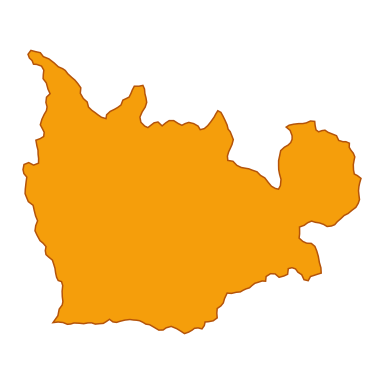 outline of Luminárias, Minas Gerais, Brazil
{"feature_id": "56859067B9784964595296", "entity_name": "Luminárias", "entity_type": "district", "adm_level": 2, "iso_a3": "BRA", "parent_name": "Brazil", "parent_adm1": "Minas Gerais", "projection": "robinson", "projection_center": [-44.912, -21.523], "detail": "fine", "context": "isolated", "style": "filled", "palette": "amber", "viewbox_px": 384, "rotation_deg": 0, "n_neighbors": 0, "source": "geoboundaries", "source_scale": "gbopen_adm2", "svg_char_len": 3772}
<svg xmlns="http://www.w3.org/2000/svg" viewBox="0 0 384 384"><path d="M24.0,164.5L23.0,169.6L23.9,173.6L26.8,177.1L26.1,182.0L25.3,189.0L25.1,193.7L26.6,197.5L28.3,201.6L33.1,205.3L34.3,210.8L35.6,215.9L37.6,220.8L35.7,225.7L35.0,230.8L37.0,235.1L40.0,240.6L43.2,243.3L46.0,246.6L45.3,250.7L46.0,254.6L48.6,257.0L52.4,260.1L54.0,265.1L55.0,268.4L55.6,272.9L56.6,277.3L58.2,280.5L61.5,281.6L62.7,285.5L62.1,291.2L62.3,296.7L62.9,301.6L62.2,305.0L59.2,309.1L57.9,315.7L53.0,322.6L58.1,322.0L63.0,322.5L67.4,324.3L70.7,324.0L73.9,323.0L79.1,323.2L83.7,323.7L87.9,322.9L91.5,322.8L95.3,324.1L99.4,323.7L103.3,323.4L106.4,321.5L109.5,319.3L112.9,321.9L116.5,322.4L120.0,321.3L124.8,320.1L129.9,319.5L133.5,320.0L136.5,320.2L139.6,320.7L142.9,322.3L145.8,324.1L149.6,324.7L154.1,327.3L158.8,330.1L163.1,330.0L166.2,327.8L171.2,326.4L176.6,328.6L180.4,330.9L184.5,333.6L188.7,332.1L192.0,330.2L194.5,328.3L198.1,327.9L202.0,328.9L204.3,325.6L205.1,322.0L208.5,321.7L213.2,320.8L217.2,317.9L216.8,313.2L217.2,308.5L220.9,305.9L223.3,302.9L224.5,298.7L227.1,293.1L231.5,293.4L236.1,292.3L240.3,291.9L243.2,290.2L246.0,288.9L249.5,287.8L251.9,285.6L254.8,283.3L258.7,282.1L262.1,281.0L265.6,281.2L266.1,276.5L270.5,273.7L275.1,273.9L279.1,277.3L283.9,276.0L287.6,274.3L288.3,268.6L292.0,267.7L295.5,268.9L297.9,272.2L301.7,274.7L304.0,279.7L308.2,280.7L310.5,276.5L313.7,275.5L317.6,274.2L321.2,273.1L320.9,267.8L319.4,262.6L318.3,256.3L316.8,251.1L314.9,246.4L311.3,243.4L306.7,243.2L302.8,241.4L299.1,238.1L299.6,234.0L299.6,230.4L299.5,227.0L304.2,225.3L307.7,222.7L311.6,221.1L315.4,222.3L319.4,222.9L323.6,224.4L327.1,226.5L331.4,226.0L334.7,224.7L337.3,221.7L341.2,218.3L344.1,215.5L348.1,213.5L351.8,210.4L355.9,207.3L358.2,203.4L359.5,199.6L358.9,194.8L358.5,190.8L358.9,186.6L359.7,182.8L361.0,178.4L357.4,175.6L354.3,174.0L353.5,170.0L353.3,164.7L354.0,160.6L354.8,156.9L353.3,153.2L350.9,150.2L349.2,147.3L349.4,143.2L345.9,141.7L342.9,141.7L338.7,140.4L336.5,135.7L331.8,133.8L328.0,132.3L325.0,130.2L322.0,130.6L318.6,131.8L316.0,129.9L315.1,125.3L314.7,121.4L310.5,121.0L306.3,122.9L302.7,123.6L298.8,123.6L293.6,124.2L289.1,125.2L286.2,127.1L290.1,130.4L292.1,135.7L292.1,139.3L290.7,142.6L288.1,145.1L284.4,147.2L280.7,150.6L279.7,155.5L278.6,160.6L278.6,165.8L278.7,169.6L279.5,173.9L281.0,179.4L280.4,185.6L278.5,189.2L275.2,188.4L271.4,186.2L268.3,182.5L264.8,177.9L260.5,175.4L257.0,171.8L252.1,170.1L248.8,168.8L245.8,168.3L241.3,167.5L236.9,165.4L233.0,161.3L227.8,160.4L227.4,156.1L228.7,151.7L230.4,148.1L232.0,144.5L233.3,139.6L231.6,135.2L230.2,131.7L228.1,129.1L227.1,125.0L225.1,120.5L223.0,116.2L220.9,112.4L217.8,110.7L215.7,114.1L214.2,117.0L210.8,121.8L207.7,125.7L204.3,128.6L200.2,129.7L198.1,126.1L193.7,123.6L188.8,122.4L185.1,123.6L181.9,125.3L178.2,123.5L173.7,120.6L169.2,120.6L165.8,122.8L162.1,125.9L158.0,122.0L154.1,122.8L151.2,125.0L147.9,127.6L144.7,126.1L140.9,122.3L139.9,117.1L142.2,111.8L145.2,107.1L146.7,102.4L146.0,97.9L144.9,93.6L144.5,89.0L142.9,85.4L139.0,86.2L134.3,86.2L132.3,90.0L131.0,93.3L129.1,97.1L126.1,98.6L122.9,100.1L121.0,105.0L117.8,107.4L114.5,109.3L110.2,111.4L106.6,114.8L106.0,118.6L101.5,117.3L97.9,114.8L95.2,112.7L91.8,110.3L88.5,107.1L87.2,102.0L83.3,98.5L80.3,93.3L80.8,87.8L77.9,83.7L74.9,80.1L71.7,77.4L67.8,73.8L65.3,70.5L62.7,68.7L58.3,66.8L54.1,62.9L48.9,58.9L43.3,56.6L40.3,52.7L35.4,51.6L30.9,50.4L28.0,54.3L29.4,58.0L32.1,60.6L33.5,64.2L36.7,64.4L41.5,66.1L43.8,70.2L43.3,74.6L43.1,78.7L46.3,82.9L48.0,89.2L50.1,93.7L46.5,97.2L45.9,102.4L47.1,106.9L46.4,110.7L44.2,114.4L41.9,119.3L40.3,124.8L42.4,128.7L44.2,132.3L43.7,136.5L40.0,138.7L35.9,140.2L36.9,145.9L38.0,150.2L38.1,154.3L38.6,158.5L38.5,163.2L33.6,165.1L28.7,162.6L24.0,164.5Z" fill="#f59e0b" stroke="#b45309" stroke-width="1.5"/></svg>